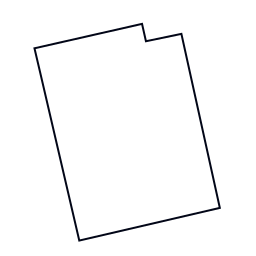 Grant, Nebraska, United States of America (Mercator projection), rotated 77°
{"feature_id": "52423323B82511149902728", "entity_name": "Grant", "entity_type": "district", "adm_level": 2, "iso_a3": "USA", "parent_name": "United States of America", "parent_adm1": "Nebraska", "projection": "mercator", "projection_center": [-101.802, 41.919], "detail": "fine", "context": "isolated", "style": "outline", "palette": "ink", "viewbox_px": 256, "rotation_deg": 77, "n_neighbors": 0, "source": "geoboundaries", "source_scale": "gbopen_adm2", "svg_char_len": 252}
<svg xmlns="http://www.w3.org/2000/svg" viewBox="0 0 256 256"><g transform="rotate(77 128 128)"><path d="M226.7,200.8L226.5,56.5L48.3,54.8L47.5,91.0L29.7,90.9L29.3,201.2L54.6,201.1L226.7,200.8Z" fill="none" stroke="#020617" stroke-width="2"/></g></svg>